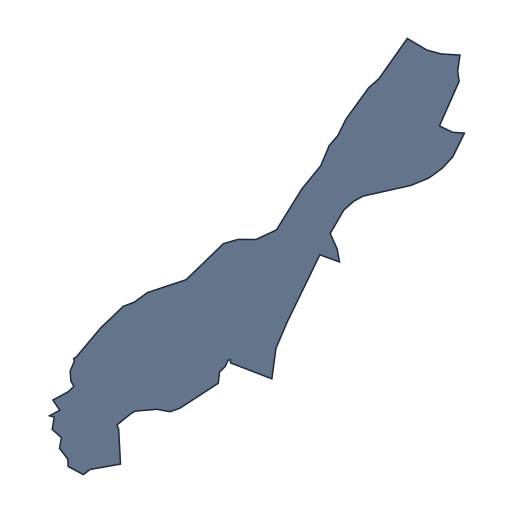 outline of Stillorgan Lea-6, Dún Laoghaire–Rathdown, Ireland, rotated 267°
{"feature_id": "5873133B81162286200234", "entity_name": "Stillorgan Lea-6", "entity_type": "district", "adm_level": 2, "iso_a3": "IRL", "parent_name": "Ireland", "parent_adm1": "Dún Laoghaire–Rathdown", "projection": "albers", "projection_center": [-6.206, 53.285], "detail": "fine", "context": "isolated", "style": "filled", "palette": "slate", "viewbox_px": 512, "rotation_deg": 267, "n_neighbors": 0, "source": "geoboundaries", "source_scale": "gbopen_adm2", "svg_char_len": 1006}
<svg xmlns="http://www.w3.org/2000/svg" viewBox="0 0 512 512"><g transform="rotate(267 256 256)"><path d="M189.0,284.0L253.8,319.8L245.7,339.1L258.8,337.4L274.6,331.3L297.3,346.1L305.5,356.4L310.2,366.1L318.4,414.4L324.9,432.9L334.1,446.8L344.6,457.6L367.8,470.6L369.3,458.8L376.3,446.0L419.8,468.0L430.2,467.1L446.0,470.2L448.1,451.4L452.8,437.3L465.3,418.5L426.6,388.0L418.3,377.5L388.0,353.0L372.1,344.1L362.5,334.9L342.9,325.5L320.2,305.0L281.0,277.8L272.5,256.8L273.5,239.0L270.1,224.2L236.0,185.0L225.2,145.7L216.3,132.1L212.7,120.8L192.0,96.8L164.7,71.4L163.1,68.5L160.5,69.1L150.7,64.4L140.6,64.6L135.4,67.4L130.3,61.4L122.8,45.6L112.2,52.0L107.2,41.4L105.6,46.0L93.4,43.4L84.9,52.2L74.2,49.7L63.0,57.4L55.6,57.4L46.7,72.2L51.5,79.0L55.3,109.8L90.5,109.8L94.5,108.2L105.3,123.1L107.4,127.1L108.1,149.0L105.0,162.0L107.9,171.9L130.9,211.7L142.0,213.5L147.3,219.5L153.5,222.7L153.6,225.1L150.6,224.9L132.5,265.4L162.8,271.1L189.0,284.0Z" fill="#64748b" stroke="#1e293b" stroke-width="1.5"/></g></svg>